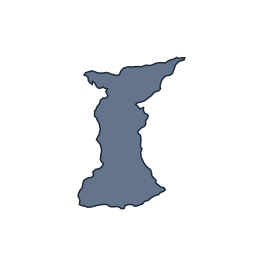 the district of Canelinha, Santa Catarina, Brazil, rotated 218°
{"feature_id": "56859067B33823737687392", "entity_name": "Canelinha", "entity_type": "district", "adm_level": 2, "iso_a3": "BRA", "parent_name": "Brazil", "parent_adm1": "Santa Catarina", "projection": "robinson", "projection_center": [-48.796, -27.247], "detail": "fine", "context": "isolated", "style": "filled", "palette": "slate", "viewbox_px": 256, "rotation_deg": 218, "n_neighbors": 0, "source": "geoboundaries", "source_scale": "gbopen_adm2", "svg_char_len": 2323}
<svg xmlns="http://www.w3.org/2000/svg" viewBox="0 0 256 256"><g transform="rotate(218 128 128)"><path d="M133.2,213.5L134.1,210.7L135.9,208.5L137.5,206.0L138.6,202.3L140.4,201.1L142.6,199.5L144.2,198.0L145.7,196.4L147.4,193.3L148.6,191.2L150.4,190.0L152.7,188.4L154.9,184.8L157.9,182.6L160.3,180.6L162.9,178.1L164.9,176.8L166.6,175.0L168.4,172.3L168.7,168.6L167.7,164.6L169.7,162.0L171.9,161.4L174.6,160.0L177.4,159.4L179.3,158.4L181.0,156.5L183.4,154.3L186.1,152.6L189.2,151.8L191.6,150.8L193.4,148.5L195.4,145.5L195.3,142.7L193.1,143.4L190.9,143.4L188.5,141.0L186.1,140.2L183.1,140.3L184.6,142.8L181.2,142.9L178.4,141.3L175.9,141.2L174.0,142.6L172.8,144.9L170.6,145.1L168.3,146.3L168.0,143.2L166.2,142.2L163.7,141.0L163.7,138.2L166.3,136.1L166.8,132.8L165.4,129.2L165.5,125.8L164.7,123.1L164.7,120.7L163.2,118.9L161.9,116.8L159.4,116.6L156.7,115.1L153.6,113.9L151.0,111.6L149.0,109.9L147.8,107.0L146.6,104.6L146.4,102.2L145.6,99.3L142.2,98.8L138.9,97.4L135.9,95.0L134.4,93.2L132.7,89.8L130.2,86.1L127.8,84.9L125.7,85.0L124.7,82.3L125.4,78.5L128.0,75.5L128.7,71.7L125.9,69.5L126.4,66.4L128.2,64.9L129.6,62.4L130.5,59.2L129.4,56.6L127.4,52.9L127.4,49.1L126.7,46.0L125.4,43.5L122.7,42.3L121.1,41.0L119.2,37.7L115.4,38.9L113.0,40.2L111.0,40.7L108.7,42.8L107.0,44.9L105.5,47.0L103.0,50.0L100.6,52.4L97.9,54.6L94.1,54.9L91.9,56.1L90.3,57.6L88.0,59.6L85.6,60.4L83.5,60.2L81.5,62.3L82.5,64.9L80.7,67.9L77.8,70.1L74.6,70.5L73.0,72.0L71.3,75.1L69.8,76.8L69.8,80.3L67.5,83.5L66.7,87.4L65.3,91.1L63.0,94.1L62.7,97.2L61.0,100.0L60.6,102.3L62.9,103.1L66.2,101.6L69.2,101.9L72.2,101.7L74.0,104.2L77.0,104.5L79.9,105.1L82.2,107.5L84.6,109.0L87.0,108.9L89.2,109.0L92.0,109.4L94.3,110.4L96.5,111.5L100.0,113.4L103.0,116.5L104.2,120.3L106.4,120.8L107.9,122.6L109.6,125.4L111.7,128.0L114.1,130.1L116.5,129.7L118.2,131.6L117.6,136.2L116.1,139.3L116.3,141.8L118.6,144.5L118.7,147.9L119.5,150.0L121.5,150.5L123.9,150.0L126.5,151.1L128.4,153.7L130.5,150.2L133.5,151.1L136.6,151.3L135.9,153.8L133.7,156.6L131.8,159.5L130.6,163.6L129.5,168.0L129.2,172.4L126.7,176.4L126.4,178.8L128.2,180.3L129.6,182.9L130.7,185.7L130.9,190.3L129.6,193.2L127.6,195.2L126.6,198.1L127.5,201.3L128.4,204.0L129.5,207.0L128.9,211.6L127.1,214.4L125.7,216.0L126.5,218.3L128.9,216.5L130.5,214.3L133.2,213.5Z" fill="#64748b" stroke="#1e293b" stroke-width="1.5"/></g></svg>